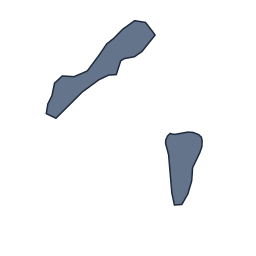 the District of Dili, rotated 153°
{"feature_id": "TLS-541", "entity_name": "Dili", "entity_type": "District", "adm_level": 1, "iso_a3": "TLS", "parent_name": "East Timor", "parent_adm1": "", "projection": "orthographic", "projection_center": [125.612, -8.381], "detail": "fine", "context": "isolated", "style": "filled", "palette": "slate", "viewbox_px": 256, "rotation_deg": 153, "n_neighbors": 0, "source": "natural_earth", "source_scale": "10m", "svg_char_len": 716}
<svg xmlns="http://www.w3.org/2000/svg" viewBox="0 0 256 256"><g transform="rotate(153 128 128)"><path d="M61.7,198.5L80.9,189.8L90.0,188.6L99.7,191.5L104.0,191.2L114.2,180.9L121.1,183.9L132.1,184.2L152.3,180.9L187.8,169.4L194.3,177.9L188.5,185.8L181.2,191.2L173.1,201.3L163.6,204.0L162.9,204.2L152.7,198.2L138.4,197.3L121.3,205.7L108.7,212.6L99.8,214.4L87.9,218.4L73.3,220.6L69.9,218.1L64.5,214.1L62.2,202.0L61.7,198.5ZM91.3,58.5L95.3,51.9L104.6,42.1L114.8,35.4L121.6,38.3L118.4,50.3L104.0,85.7L101.5,97.2L99.8,100.2L96.4,102.9L92.9,104.0L91.3,102.4L88.8,100.9L76.8,97.3L72.0,94.5L68.1,90.1L66.8,86.5L67.8,82.8L70.7,77.8L75.4,73.3L88.5,63.3L91.3,58.5Z" fill="#64748b" stroke="#1e293b" stroke-width="1.5"/></g></svg>